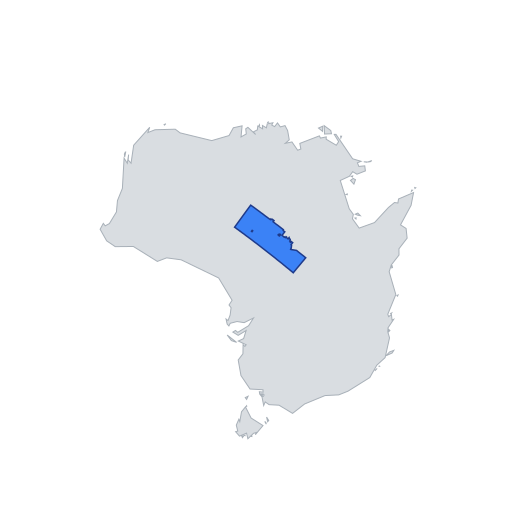 location of MacDonnell, Northern Territory, Australia, rotated 38°
{"feature_id": "25037944B32264354424251", "entity_name": "MacDonnell", "entity_type": "district", "adm_level": 2, "iso_a3": "AUS", "parent_name": "Australia", "parent_adm1": "Northern Territory", "projection": "albers", "projection_center": [133.822, -24.426], "detail": "fine", "context": "in_parent", "style": "filled", "palette": "blue", "viewbox_px": 512, "rotation_deg": 38, "n_neighbors": 0, "source": "geoboundaries", "source_scale": "gbopen_adm2", "svg_char_len": 7107}
<svg xmlns="http://www.w3.org/2000/svg" viewBox="0 0 512 512"><g transform="rotate(38 256 256)"><path d="M347.0,120.6L350.7,142.5L357.3,141.9L364.1,148.9L364.2,162.3L368.1,167.2L368.1,179.7L370.6,186.4L389.9,200.3L395.7,220.8L397.9,222.1L398.7,218.7L402.6,222.7L403.5,221.1L404.2,231.2L406.4,234.5L411.6,238.3L420.3,256.6L418.4,267.7L420.5,281.7L411.7,305.9L406.7,314.5L396.3,323.5L385.4,342.7L381.7,357.5L366.0,359.4L357.8,365.1L353.1,365.3L354.1,369.1L347.1,363.0L348.3,361.9L347.9,360.5L346.6,360.3L343.9,362.5L342.2,360.9L345.4,358.9L343.8,357.1L333.2,364.5L317.8,359.5L306.0,348.9L305.9,341.1L300.4,333.8L302.9,334.1L302.9,332.0L294.4,333.9L297.1,328.7L294.1,320.8L290.8,329.5L284.6,330.2L285.7,327.3L288.6,327.4L293.1,315.5L292.2,306.4L287.7,315.8L281.4,319.3L277.1,324.9L277.7,327.8L275.2,327.4L271.2,324.1L273.7,324.1L272.0,318.5L268.2,312.1L264.9,311.2L264.4,305.6L240.1,296.3L199.3,305.1L186.7,312.5L181.6,321.0L153.5,324.0L139.3,335.3L129.0,336.0L116.7,330.9L115.6,324.3L118.6,325.1L120.5,320.7L118.9,307.2L112.7,297.6L109.1,285.0L91.8,260.1L97.5,262.2L93.2,254.5L96.1,259.0L100.4,259.8L91.4,244.0L93.0,220.0L94.8,225.3L98.7,218.7L114.3,205.8L120.4,205.7L150.1,192.3L160.6,177.7L159.2,168.9L164.9,162.0L170.9,171.4L173.2,165.8L169.6,162.1L170.4,159.6L180.9,160.5L177.5,159.8L179.4,155.8L177.4,152.5L182.9,151.7L180.7,149.2L185.3,148.6L183.5,145.0L187.3,140.6L187.8,143.1L191.0,142.6L191.0,137.9L195.7,139.3L198.6,135.4L203.7,137.7L210.7,144.0L209.7,149.2L214.1,144.0L223.7,147.0L225.5,144.1L221.2,140.3L232.0,122.3L234.2,123.4L238.0,118.9L239.4,120.8L251.1,119.3L250.7,115.0L242.8,112.0L244.1,110.9L272.3,119.9L280.5,116.7L278.5,120.1L281.9,122.1L286.2,118.0L289.8,121.6L285.2,129.4L280.3,130.0L280.5,135.7L275.9,144.6L300.4,161.4L307.1,163.3L309.1,167.3L320.1,170.5L328.8,156.7L330.5,136.2L332.2,128.6L335.2,126.9L333.2,123.3L341.1,109.0L347.0,120.6ZM340.6,381.4L351.9,386.7L365.9,385.3L365.5,397.2L364.8,395.0L363.2,397.3L362.1,405.0L357.6,401.4L353.9,408.1L348.1,407.0L349.4,405.2L344.6,401.4L343.0,395.2L345.2,396.5L340.5,387.7L340.6,381.4ZM229.5,111.3L237.7,111.1L240.2,113.2L234.9,117.7L229.5,111.3ZM281.9,336.0L293.9,336.0L288.7,337.8L281.9,336.0ZM287.4,134.6L288.9,139.1L283.9,138.3L284.8,135.1L287.4,134.6ZM419.9,254.5L420.3,249.4L422.7,245.5L423.0,248.6L419.9,254.5ZM363.5,376.4L367.3,377.8L367.2,379.4L363.5,376.4ZM228.7,112.6L231.7,116.8L226.5,116.7L228.7,112.6ZM336.9,374.8L334.7,374.2L336.1,371.4L336.9,374.8ZM313.4,160.0L310.9,161.3L308.5,161.9L309.8,159.5L313.4,160.0ZM91.6,258.9L89.5,256.7L89.0,254.5L89.3,254.3L91.6,258.9ZM366.2,381.0L367.6,382.2L364.8,381.0L366.2,381.0ZM405.7,232.1L407.4,232.3L407.1,234.6L405.7,232.1ZM368.7,179.5L370.7,181.1L370.2,181.8L368.7,179.5ZM357.1,405.6L357.1,407.5L355.7,406.7L357.1,405.6ZM420.7,270.0L420.4,272.8L420.2,272.7L420.7,270.0ZM250.2,110.7L248.9,109.5L249.7,108.9L250.2,110.7ZM288.1,111.2L286.1,113.3L288.5,109.5L288.1,111.2ZM421.4,266.7L420.5,267.5L421.2,266.6L421.4,266.7ZM290.2,151.5L289.1,152.0L289.7,150.9L290.2,151.5ZM283.4,134.4L282.0,134.6L282.9,133.3L283.4,134.4ZM103.5,207.3L103.3,209.2L102.7,209.1L103.5,207.3ZM338.8,107.8L338.6,109.3L338.1,108.2L338.8,107.8ZM346.5,361.1L346.8,362.0L346.4,361.7L346.5,361.1ZM285.6,113.9L282.9,115.4L285.7,113.5L285.6,113.9ZM183.6,142.8L182.7,144.0L183.2,142.7L183.6,142.8ZM358.0,404.3L357.3,404.6L357.7,403.9L358.0,404.3ZM312.0,165.3L310.6,165.2L311.4,164.3L312.0,165.3ZM178.7,151.2L178.1,151.8L177.9,150.4L178.7,151.2ZM363.9,400.8L362.9,401.3L363.3,400.2L363.9,400.8ZM339.9,103.9L339.7,104.9L338.9,104.3L339.9,103.9ZM345.9,362.2L346.8,363.2L345.1,362.8L345.9,362.2ZM392.3,200.5L391.4,200.5L391.9,199.3L392.3,200.5ZM397.9,218.4L397.4,218.4L397.9,217.5L397.9,218.4ZM341.2,380.0L340.9,380.7L340.7,379.8L341.2,380.0Z" fill="#d9dde1" stroke="#a8b0b8" stroke-width="1"/><path d="M296.3,226.8L293.6,226.7L290.9,226.7L288.2,226.7L286.6,226.7L284.6,226.6L282.2,227.9L279.9,229.2L279.4,229.4L279.4,229.2L279.3,228.9L279.2,228.9L279.2,228.7L279.0,228.4L278.9,228.4L278.9,228.2L278.7,228.0L278.7,227.9L278.7,227.7L278.5,227.4L278.4,227.4L278.3,227.2L278.2,226.9L278.1,226.7L277.9,226.6L277.8,226.4L277.7,226.3L277.7,226.2L277.6,225.9L277.4,225.8L277.4,225.7L277.2,225.6L277.0,225.4L276.9,225.4L276.7,225.4L276.7,222.9L275.8,222.9L275.6,222.9L274.7,222.9L274.7,224.0L274.4,224.0L274.2,223.9L274.0,223.7L273.9,223.6L273.7,223.5L273.6,223.4L273.4,223.4L273.4,223.0L273.3,222.9L273.2,222.7L273.1,222.4L272.9,222.1L272.8,221.9L272.2,221.7L271.6,221.7L270.7,221.1L270.7,222.7L270.7,222.8L270.1,222.7L269.2,222.7L268.8,222.7L268.7,222.7L268.3,222.5L268.3,222.3L267.8,222.3L267.8,223.1L267.8,223.4L266.6,223.4L266.4,223.5L266.4,223.8L265.7,223.7L265.4,223.7L263.8,223.7L263.8,221.2L263.8,220.7L263.8,219.2L261.7,219.2L261.3,218.7L261.3,218.4L260.8,218.4L260.5,218.4L259.4,218.4L258.6,218.4L257.1,218.4L254.6,218.4L254.1,218.4L252.8,218.5L251.8,218.5L251.7,218.5L251.1,218.5L248.4,218.5L248.4,217.0L246.4,217.0L246.4,217.5L245.0,217.6L244.9,217.6L244.9,218.5L242.2,218.6L241.4,218.6L238.7,218.7L237.4,218.7L234.7,218.7L234.0,218.8L231.6,218.8L229.1,218.9L224.2,219.0L220.5,219.2L220.6,223.0L220.7,226.5L220.8,229.4L221.4,246.5L221.5,246.5L222.5,246.4L223.2,246.4L224.0,246.4L224.6,246.4L224.9,246.4L225.8,246.3L226.3,246.3L226.5,246.3L226.8,246.3L227.4,246.3L227.5,246.3L228.2,246.3L228.3,246.3L228.3,246.2L228.8,246.2L231.0,246.2L231.3,246.2L231.5,246.2L232.2,246.1L232.3,246.1L232.6,246.1L233.0,246.1L233.8,246.1L235.7,246.1L235.8,246.1L238.1,246.0L238.3,246.0L243.1,245.9L243.4,245.9L243.5,245.9L245.6,245.9L245.8,245.9L246.4,245.9L246.6,245.9L248.9,245.8L249.2,245.8L249.3,245.8L249.5,245.8L250.3,245.8L254.4,245.8L254.5,245.8L255.0,245.8L256.9,245.8L257.0,245.8L258.6,245.8L259.0,245.8L259.5,245.8L259.8,245.8L260.0,245.8L260.4,245.8L260.5,245.8L261.0,245.8L261.5,245.8L261.8,245.8L263.5,245.8L263.9,245.8L264.0,245.8L264.3,245.8L264.5,245.8L265.8,245.8L266.0,245.8L266.4,245.8L266.5,245.8L266.8,245.8L267.0,245.8L267.3,245.8L267.7,245.8L268.0,245.8L268.3,245.8L268.5,245.8L268.8,245.8L269.0,245.8L269.5,245.8L270.3,245.8L270.6,245.8L270.8,245.8L271.0,245.8L272.3,245.8L274.8,245.9L275.1,245.9L275.3,245.9L275.7,245.9L275.8,245.9L276.1,245.9L277.2,245.9L277.5,245.9L279.2,245.9L279.9,245.9L280.5,245.9L281.2,245.9L283.3,246.0L284.0,246.0L284.7,246.0L286.7,246.1L287.4,246.1L288.1,246.1L288.8,246.1L289.5,246.1L290.9,246.1L291.6,246.2L292.2,246.2L292.9,246.2L293.6,246.2L295.0,246.3L295.7,246.3L295.7,245.5L295.7,245.2L295.8,242.1L295.8,240.9L295.9,238.4L296.0,235.6L296.1,231.5L296.2,230.3L296.2,229.6L296.2,227.7L296.3,226.8ZM261.1,224.6L261.1,224.4L261.1,224.2L261.4,224.0L261.6,224.0L261.9,224.0L262.0,224.0L262.0,224.4L262.2,224.5L262.2,224.9L262.2,225.0L262.0,225.3L262.2,225.5L262.2,225.8L261.9,225.9L261.7,225.9L261.7,225.7L261.4,225.7L261.2,225.7L260.9,225.7L260.7,225.7L260.7,225.4L260.5,225.5L260.5,225.4L260.4,225.4L260.4,225.1L260.6,225.0L260.9,224.9L261.1,224.9L261.1,224.6L261.1,224.6ZM237.2,239.3L237.2,239.0L237.2,238.8L237.2,238.5L237.2,238.2L237.5,238.2L237.9,238.2L237.9,238.9L237.9,239.0L237.9,239.3L237.6,239.3L237.2,239.3Z" fill="#3b82f6" stroke="#1e3a8a" stroke-width="1.5"/></g></svg>